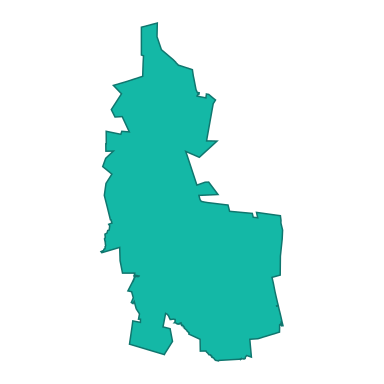 outline of Villa de Guadalupe, San Luis Potosí, Mexico
{"feature_id": "50627088B59646352587230", "entity_name": "Villa de Guadalupe", "entity_type": "district", "adm_level": 2, "iso_a3": "MEX", "parent_name": "Mexico", "parent_adm1": "San Luis Potosí", "projection": "natural_earth1", "projection_center": [-100.683, 23.271], "detail": "fine", "context": "isolated", "style": "filled", "palette": "teal", "viewbox_px": 384, "rotation_deg": 0, "n_neighbors": 0, "source": "geoboundaries", "source_scale": "gbopen_adm2", "svg_char_len": 5103}
<svg xmlns="http://www.w3.org/2000/svg" viewBox="0 0 384 384"><path d="M281.0,220.4L280.4,215.7L275.9,215.1L256.5,212.4L257.7,217.8L256.9,217.7L255.6,217.5L254.2,217.4L253.2,217.2L252.3,213.4L229.6,211.3L228.0,205.0L225.9,204.8L223.4,204.5L213.5,203.3L209.3,202.8L206.9,202.5L206.5,202.4L205.1,202.2L201.3,201.4L200.0,199.6L198.9,195.4L207.8,195.0L212.3,194.8L216.2,194.6L218.0,194.5L208.7,182.1L205.1,182.2L196.9,185.1L186.6,153.9L185.7,151.4L199.3,157.3L217.0,141.1L213.3,141.0L206.6,140.9L207.0,138.3L213.2,103.7L214.9,101.0L215.5,100.0L213.6,98.5L208.7,94.4L206.4,94.0L206.4,94.4L206.0,97.0L205.9,97.9L205.1,97.7L204.5,97.6L202.5,97.2L201.4,97.0L200.6,96.9L200.3,96.8L199.5,96.6L199.0,96.5L198.4,96.4L198.0,96.3L197.3,96.2L197.1,96.2L197.2,95.4L197.7,95.1L197.9,94.2L198.9,94.3L199.2,92.8L198.4,92.6L197.3,92.5L196.6,90.9L196.0,89.6L193.9,78.7L193.3,75.9L192.4,69.7L179.3,65.4L179.1,65.5L179.0,65.4L178.6,65.3L178.4,65.3L178.3,65.2L178.2,65.1L178.1,64.8L177.8,64.5L177.3,64.0L176.5,63.3L175.9,62.6L175.8,62.3L173.2,59.7L161.4,49.7L157.0,36.7L157.3,23.0L141.4,27.2L141.4,32.5L141.4,55.0L143.5,55.8L143.1,63.8L143.1,64.0L142.7,76.3L125.4,81.9L113.4,85.4L121.5,93.8L111.3,109.6L115.0,117.0L122.2,116.6L129.3,131.9L121.8,131.3L120.8,134.3L106.2,131.3L106.3,143.8L105.8,143.8L105.9,151.2L113.4,151.1L105.7,158.3L102.7,166.6L111.9,174.1L106.0,183.4L104.3,195.4L107.4,207.6L110.4,219.8L111.2,220.0L111.2,220.8L111.7,221.8L111.6,222.3L111.9,223.1L108.7,224.3L109.7,225.8L109.2,230.0L107.7,230.5L107.0,233.0L104.9,234.2L105.2,234.9L105.0,235.6L105.2,236.0L105.3,236.4L105.1,237.1L105.3,237.6L104.9,238.4L104.5,238.7L104.5,239.0L104.7,239.7L104.9,241.0L105.4,241.3L105.2,241.8L105.2,242.5L105.4,243.1L105.3,244.0L105.6,245.0L105.6,245.8L105.2,246.7L105.0,246.9L105.2,247.7L105.0,248.2L105.0,248.7L104.2,249.0L103.9,249.3L103.7,250.2L103.6,250.4L102.8,250.9L102.3,250.9L101.7,251.4L101.0,251.6L101.8,252.7L119.7,247.4L120.1,260.8L122.5,273.1L134.1,273.1L134.8,273.2L134.7,273.5L134.6,273.8L134.5,274.0L134.5,274.4L134.3,275.0L139.1,276.0L138.9,276.4L137.8,276.7L135.6,276.3L135.5,276.6L134.1,276.4L134.2,276.6L134.2,276.8L134.2,277.0L134.9,277.2L134.0,278.6L133.8,278.9L133.7,279.2L133.6,279.4L133.9,279.6L133.8,279.8L133.7,280.0L133.4,280.3L133.2,280.5L133.2,280.8L133.1,281.0L133.1,281.3L132.8,281.2L132.4,282.1L127.9,290.9L131.0,291.6L131.6,291.7L133.3,297.8L131.3,302.5L133.0,303.6L134.2,301.4L136.2,308.8L139.5,313.9L138.5,319.2L140.5,319.2L140.4,322.4L132.8,320.9L132.0,327.0L129.5,344.2L164.4,354.6L164.7,353.8L172.5,341.4L170.1,328.7L163.5,327.0L163.0,326.9L165.6,313.4L166.2,313.7L166.5,313.8L167.0,314.1L167.1,314.3L167.4,314.6L167.5,314.7L167.7,314.8L167.8,314.9L167.9,315.1L168.1,315.3L168.4,315.8L168.7,316.2L168.8,316.4L168.9,316.7L169.2,317.4L169.3,317.7L169.5,318.2L169.7,318.6L170.0,319.0L170.2,319.5L170.7,319.3L171.0,319.5L173.3,319.1L175.2,319.5L175.2,319.8L175.2,320.0L175.3,320.3L175.2,320.4L175.2,320.5L175.0,320.8L175.0,321.0L175.2,321.3L175.2,321.5L175.0,321.9L175.0,322.0L174.8,322.1L174.7,322.4L174.6,322.5L174.4,322.7L174.6,322.7L174.8,322.7L175.0,322.7L175.1,322.8L175.3,322.9L175.5,322.9L175.8,322.9L176.3,323.3L176.7,323.7L177.1,323.7L177.4,324.0L177.8,323.8L178.1,324.0L178.5,324.1L178.9,324.2L179.0,324.1L179.1,323.7L179.7,323.8L179.7,323.7L179.8,323.4L180.1,323.0L180.4,323.0L180.8,322.9L180.7,323.2L180.7,323.4L180.8,323.6L181.3,323.8L181.5,324.1L181.3,324.2L181.3,324.3L181.5,324.8L181.5,325.1L181.9,325.2L181.9,325.6L182.1,325.6L182.2,325.4L182.6,325.3L182.9,325.4L183.0,325.7L182.9,325.8L183.1,326.0L183.3,326.2L183.3,326.4L183.5,326.3L183.8,326.5L184.0,326.7L184.0,327.0L184.2,328.0L184.6,328.0L184.7,328.5L186.8,330.3L187.1,331.1L188.8,332.6L189.0,332.8L188.8,333.0L189.0,333.7L188.9,334.1L200.1,339.3L200.3,351.1L206.0,351.0L206.1,351.5L206.9,352.4L207.5,352.8L209.0,354.8L210.5,354.8L210.5,355.3L210.8,355.4L211.0,355.5L211.2,355.8L211.3,355.9L211.4,356.0L211.4,356.3L211.5,356.3L211.7,356.1L211.9,356.3L211.7,356.5L211.8,356.9L211.9,357.0L211.9,357.3L212.3,357.5L213.0,357.7L213.3,357.7L213.5,357.8L213.8,358.2L213.9,358.4L214.1,358.6L214.2,358.9L214.5,359.2L214.9,359.8L215.2,360.0L215.8,360.4L217.8,360.7L218.2,361.0L218.7,360.8L218.9,360.4L239.8,359.2L240.1,359.0L240.4,359.5L241.0,358.9L241.0,359.1L241.4,359.1L242.0,358.9L242.3,358.8L242.9,358.8L243.2,358.7L243.3,358.9L243.5,359.0L244.3,359.0L244.6,358.7L245.2,358.5L245.4,357.1L246.7,355.5L251.4,357.1L249.8,339.3L252.2,339.1L258.0,338.7L261.3,337.7L263.7,336.9L266.2,336.2L268.7,335.4L272.0,334.4L274.5,333.7L276.9,332.9L279.5,332.1L279.6,327.9L279.6,324.3L279.5,324.1L280.1,324.6L280.7,325.0L281.0,324.7L281.4,324.8L281.5,324.9L281.6,325.0L281.7,325.8L283.0,325.7L282.3,322.9L282.2,323.0L281.4,324.0L280.8,323.8L280.8,323.7L281.2,323.3L281.4,323.3L281.3,322.9L281.2,322.1L282.1,322.1L281.3,318.5L280.2,313.7L279.1,309.4L278.3,305.8L276.7,306.2L276.6,305.8L278.2,305.3L277.5,302.6L276.6,298.7L275.9,295.7L275.0,291.7L273.3,283.0L272.0,277.4L273.7,276.9L275.9,276.3L278.0,275.7L280.2,275.1L280.4,256.1L282.2,238.9L282.6,230.1L280.9,223.0L281.0,220.4Z" fill="#14b8a6" stroke="#0f766e" stroke-width="1.5"/></svg>